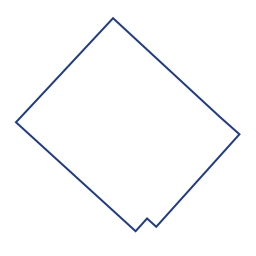 outline of Jack, Texas, United States of America, rotated 132°
{"feature_id": "52423323B71935080527637", "entity_name": "Jack", "entity_type": "district", "adm_level": 2, "iso_a3": "USA", "parent_name": "United States of America", "parent_adm1": "Texas", "projection": "equal_earth", "projection_center": [-98.116, 33.234], "detail": "fine", "context": "isolated", "style": "outline", "palette": "blue", "viewbox_px": 256, "rotation_deg": 132, "n_neighbors": 0, "source": "geoboundaries", "source_scale": "gbopen_adm2", "svg_char_len": 265}
<svg xmlns="http://www.w3.org/2000/svg" viewBox="0 0 256 256"><g transform="rotate(132 128 128)"><path d="M199.6,53.3L182.5,53.3L182.5,40.9L58.1,41.0L58.3,67.4L56.4,212.6L160.8,214.4L198.7,215.1L199.6,53.3Z" fill="none" stroke="#1e3a8a" stroke-width="2"/></g></svg>